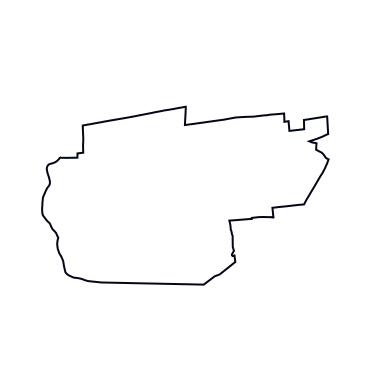 outline of Atizapán, México, Mexico, rotated 345°
{"feature_id": "50627088B90969886119544", "entity_name": "Atizapán", "entity_type": "district", "adm_level": 2, "iso_a3": "MEX", "parent_name": "Mexico", "parent_adm1": "México", "projection": "albers", "projection_center": [-99.501, 19.175], "detail": "fine", "context": "isolated", "style": "outline", "palette": "ink", "viewbox_px": 384, "rotation_deg": 345, "n_neighbors": 0, "source": "geoboundaries", "source_scale": "gbopen_adm2", "svg_char_len": 2578}
<svg xmlns="http://www.w3.org/2000/svg" viewBox="0 0 384 384"><g transform="rotate(345 192 192)"><path d="M309.5,220.5L319.7,210.4L323.6,206.8L326.3,203.8L329.9,199.4L332.4,195.8L330.2,193.9L329.4,191.5L328.4,189.0L327.3,187.4L325.3,185.6L322.8,183.2L324.9,177.1L320.8,175.2L318.5,173.4L326.2,173.0L332.4,172.3L334.9,171.8L335.4,171.8L337.2,171.4L338.5,171.3L342.1,154.0L341.4,153.8L322.1,151.8L318.8,151.4L316.6,160.4L301.9,158.2L303.6,148.6L299.4,148.1L299.6,147.5L301.3,140.0L294.2,138.8L287.3,137.5L283.7,137.2L282.0,136.7L278.7,136.3L277.8,136.1L271.2,135.2L264.4,133.6L258.9,132.4L253.2,131.3L241.6,130.4L230.5,129.0L223.1,128.1L215.0,127.1L202.5,125.5L203.9,121.1L205.1,117.5L207.9,108.8L208.0,108.0L202.6,107.6L202.1,107.5L199.5,107.3L196.4,107.1L192.4,106.7L190.9,106.6L185.9,106.0L185.4,106.0L184.8,106.0L179.2,105.6L178.8,105.5L173.4,105.2L167.6,104.8L162.1,104.4L155.9,104.0L152.0,103.7L149.7,103.5L144.0,103.0L138.6,102.5L132.4,101.9L126.6,101.4L121.4,101.0L115.4,100.5L111.5,100.2L109.3,100.0L108.7,99.9L106.7,99.8L106.2,99.7L103.7,99.5L102.6,104.2L102.4,105.1L100.8,112.4L98.6,119.6L97.1,125.9L91.4,125.1L90.2,129.2L80.2,126.7L73.5,124.8L73.5,124.7L73.3,124.7L71.9,125.8L70.8,126.5L69.3,127.3L68.0,127.7L66.0,128.1L63.5,128.2L62.5,128.1L61.6,128.2L60.8,128.4L60.0,128.8L59.4,129.3L58.6,130.2L57.8,131.7L57.5,133.5L57.4,135.5L57.4,136.6L57.6,140.4L57.6,141.9L57.5,145.1L56.8,147.4L55.5,149.0L53.5,150.4L51.3,152.8L48.8,155.9L47.1,158.1L46.2,159.7L45.5,161.8L44.6,164.0L44.0,166.3L43.4,167.7L43.0,169.0L42.6,170.5L42.3,171.9L42.0,173.5L41.9,175.0L42.1,176.5L42.8,178.1L43.4,179.5L43.8,180.6L44.8,182.8L46.3,185.1L46.7,186.3L46.9,188.5L47.7,192.0L49.1,194.3L50.1,196.4L50.2,197.2L50.6,199.9L51.0,201.4L49.4,204.4L48.2,207.7L47.6,212.2L48.0,217.0L49.1,220.9L49.7,225.3L49.2,230.2L49.0,234.8L49.0,236.8L49.9,238.8L51.1,240.3L52.5,241.6L55.5,244.0L60.3,246.0L62.9,247.4L65.0,248.9L66.7,250.1L68.8,251.2L72.0,252.5L75.5,253.8L77.6,254.6L79.4,255.3L80.9,255.9L130.1,270.2L179.4,284.5L192.1,279.3L197.4,278.8L215.7,270.8L216.6,264.3L215.4,264.4L214.9,264.5L214.4,264.0L214.2,263.4L214.4,262.6L217.3,259.7L217.2,257.0L217.2,255.5L219.5,246.4L219.9,245.1L219.7,243.7L219.9,239.7L219.7,238.4L220.4,234.7L220.6,232.2L220.7,229.3L226.9,230.5L230.2,231.1L239.4,232.8L239.5,232.8L242.7,233.5L243.0,232.5L250.4,233.6L251.7,234.0L253.0,234.2L254.1,234.5L257.7,235.6L261.2,236.6L263.0,237.0L263.0,237.4L264.1,237.6L264.9,232.4L265.6,228.1L272.7,229.1L277.3,229.9L290.7,231.9L297.0,233.0L300.2,229.5L308.9,221.0L309.5,220.5Z" fill="none" stroke="#020617" stroke-width="2"/></g></svg>